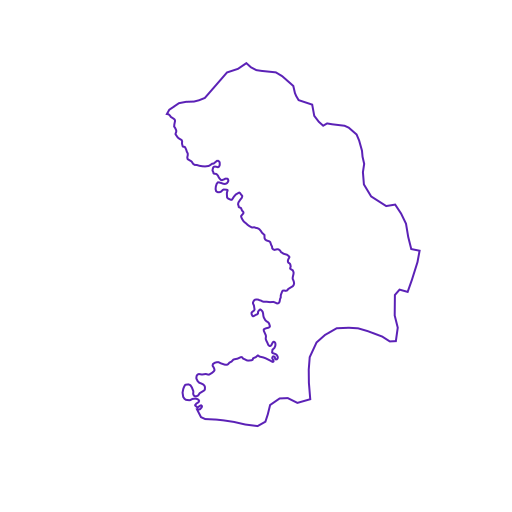 outline of Hoeryong City, Hamgyŏng-bukto, North Korea, rotated 311°
{"feature_id": "82179303B62276356715792", "entity_name": "Hoeryong City", "entity_type": "district", "adm_level": 2, "iso_a3": "PRK", "parent_name": "North Korea", "parent_adm1": "Hamgyŏng-bukto", "projection": "natural_earth1", "projection_center": [129.627, 42.513], "detail": "fine", "context": "isolated", "style": "outline", "palette": "violet", "viewbox_px": 512, "rotation_deg": 311, "n_neighbors": 0, "source": "geoboundaries", "source_scale": "gbopen_adm2", "svg_char_len": 6158}
<svg xmlns="http://www.w3.org/2000/svg" viewBox="0 0 512 512"><g transform="rotate(311 256 256)"><path d="M370.3,358.3L378.8,348.0L383.2,337.7L386.1,327.3L379.1,321.5L376.5,303.8L380.8,290.5L389.4,281.7L396.5,277.2L400.8,271.3L405.0,266.9L410.8,258.1L413.7,252.2L413.7,241.8L412.4,237.4L405.4,227.1L402.7,222.7L398.4,221.2L398.5,215.3L400.0,208.0L407.1,199.1L401.6,185.9L403.1,181.4L404.5,178.5L408.8,172.6L408.9,157.9L407.6,150.5L399.3,138.7L396.5,134.3L395.1,128.4L395.2,122.2L385.4,119.6L375.5,113.7L341.7,113.7L336.1,110.8L331.9,107.9L326.4,102.0L320.8,97.6L309.5,94.6L304.7,95.6L305.5,97.0L305.6,97.6L305.5,99.1L305.1,100.4L305.6,103.8L305.6,105.0L305.4,105.5L304.8,106.3L301.8,108.0L300.0,109.3L299.5,111.2L298.6,113.1L298.1,113.8L297.2,114.4L295.6,115.0L295.1,115.4L294.3,118.4L294.1,119.5L294.2,121.0L294.7,123.7L294.5,124.3L293.9,125.2L292.6,126.1L291.9,126.9L290.7,128.7L290.7,129.4L291.5,130.5L291.5,131.2L290.5,133.5L289.3,135.4L289.0,136.3L288.5,137.3L287.4,138.3L285.4,139.4L284.4,140.6L284.3,141.1L285.0,144.9L285.0,145.6L284.3,148.1L284.5,149.9L285.9,151.7L287.0,154.2L288.9,157.2L290.5,159.1L292.9,161.2L294.2,161.7L297.0,162.4L297.9,163.4L302.2,164.1L303.0,165.0L303.1,166.2L303.0,166.7L302.5,167.5L300.9,168.9L299.8,169.3L298.8,169.4L298.0,169.0L297.3,167.5L296.6,166.4L295.7,165.7L294.8,165.6L293.0,166.4L291.9,167.2L291.2,168.9L290.6,169.6L290.6,170.3L291.8,172.1L291.9,173.2L291.6,174.8L291.0,176.1L290.6,177.5L290.4,179.4L290.5,180.0L291.0,180.6L292.8,181.6L294.2,182.1L295.5,183.6L295.6,184.0L295.5,184.6L294.6,185.8L293.5,186.2L292.0,186.3L291.1,186.0L289.9,185.2L289.0,183.8L288.5,182.4L287.2,179.6L286.5,178.9L284.6,179.0L282.1,180.1L280.0,181.6L278.8,183.3L278.8,184.1L279.0,185.1L279.4,185.7L280.0,186.4L281.0,187.1L281.7,187.4L284.1,187.6L285.0,188.0L286.5,190.0L287.0,190.9L287.0,191.4L286.6,191.7L285.5,192.1L284.6,192.6L283.4,193.6L281.3,195.7L281.1,196.3L281.1,197.4L281.8,199.8L282.1,200.3L282.4,200.7L282.9,200.9L286.4,200.4L289.2,200.4L292.4,201.5L292.9,201.8L293.0,202.7L292.6,204.3L292.4,206.0L291.8,206.6L290.5,207.1L287.9,207.2L285.0,207.6L284.1,208.0L283.2,208.6L282.2,210.3L281.7,210.8L281.7,211.4L282.2,212.6L282.3,213.3L281.1,215.7L281.0,217.2L280.7,217.9L279.8,218.5L276.8,218.5L276.3,218.6L275.5,219.7L274.8,221.3L274.1,223.6L274.0,224.9L274.1,227.4L274.0,229.2L274.2,231.3L274.8,234.0L275.1,234.5L276.5,235.8L277.2,237.6L277.8,238.5L278.3,240.0L278.4,241.0L278.1,243.2L277.5,245.2L277.4,248.6L275.2,250.6L274.8,251.3L274.5,252.2L274.6,253.6L275.8,256.5L275.8,257.6L274.2,260.4L273.7,261.8L272.4,263.3L272.3,264.6L272.7,265.9L274.8,267.4L275.5,268.2L275.8,268.9L275.9,270.7L275.4,272.1L275.4,273.0L275.7,273.9L275.7,275.1L277.3,278.6L277.4,280.8L277.2,281.8L277.0,282.0L274.5,282.6L273.3,283.2L272.5,284.0L272.2,285.0L272.4,285.9L272.4,286.7L272.0,287.6L270.9,289.0L269.4,289.7L268.9,290.1L268.9,290.9L269.3,293.2L268.6,294.6L268.1,295.3L267.0,296.1L264.0,297.7L263.1,298.4L262.5,299.2L262.2,300.1L261.2,301.7L260.2,302.8L259.0,303.4L257.4,303.6L252.4,302.0L250.5,302.1L249.2,301.3L248.4,299.9L247.6,299.1L247.2,298.9L246.2,299.1L243.4,300.1L242.3,300.7L240.9,301.9L239.5,302.3L236.9,303.8L235.9,304.0L235.3,303.9L234.6,303.6L234.0,303.0L233.5,301.2L232.8,299.3L230.4,296.9L228.3,293.8L226.5,291.8L225.9,290.5L225.6,289.0L224.9,287.6L224.5,286.2L223.6,285.0L222.5,284.0L221.6,283.7L220.5,283.8L219.0,284.2L218.2,284.9L217.3,286.9L215.5,289.0L214.8,289.9L213.7,290.3L210.9,289.8L210.2,289.9L209.7,290.3L209.0,291.2L208.5,292.6L208.5,293.1L208.9,293.6L211.5,294.5L212.9,295.2L213.9,295.2L215.2,294.2L215.9,294.0L217.7,294.0L218.1,294.1L218.5,294.4L218.6,295.3L218.5,296.7L218.3,297.5L217.4,298.9L215.6,300.9L214.6,302.4L214.4,303.2L213.7,304.9L213.6,306.7L213.9,308.5L213.7,310.0L212.4,312.2L211.9,312.7L211.2,312.8L210.1,312.5L208.2,311.1L206.2,310.1L205.4,310.2L204.6,311.1L202.6,315.4L201.7,316.4L200.3,317.3L199.6,318.0L198.8,319.5L198.1,321.3L197.0,323.5L196.9,324.5L197.0,325.3L197.6,325.9L198.6,326.1L201.5,325.4L202.5,325.4L203.0,325.7L203.2,326.4L203.1,327.3L202.8,327.9L201.7,329.0L200.4,329.7L198.6,330.2L196.1,329.9L193.8,331.4L193.6,332.1L194.7,334.9L194.9,335.8L194.8,337.1L194.1,338.6L193.5,339.2L192.7,339.5L191.7,339.5L191.0,338.9L190.9,338.0L191.9,336.7L192.1,336.2L191.9,335.3L191.5,334.8L190.4,334.8L189.6,335.2L188.3,338.2L187.7,338.4L187.1,338.2L186.8,337.4L186.4,335.3L185.1,330.3L184.2,328.0L182.4,324.6L182.3,322.9L182.1,322.6L179.5,322.2L177.1,321.0L176.6,321.0L175.9,321.4L175.3,321.5L174.2,320.9L171.9,318.7L171.2,317.5L170.7,315.4L170.2,313.9L170.1,313.3L170.4,312.4L170.4,311.9L170.2,311.4L169.5,310.8L166.4,309.4L163.8,307.4L162.9,306.9L160.3,306.8L158.1,305.9L156.0,305.9L155.0,305.5L154.4,304.9L153.5,303.7L151.9,299.8L151.3,297.4L150.0,296.0L148.3,294.9L146.3,294.4L145.0,295.0L144.5,295.7L144.2,297.0L143.6,298.3L142.8,299.4L142.3,299.7L141.2,299.8L139.0,299.5L135.9,298.5L135.4,298.1L135.1,297.7L134.0,295.5L131.1,293.0L129.5,290.4L128.5,289.8L127.3,289.7L126.5,289.9L125.2,290.7L124.3,291.5L124.0,292.4L123.3,294.0L123.1,296.3L123.8,298.1L124.3,299.9L124.4,300.6L124.3,302.0L123.9,303.0L123.3,303.7L121.8,304.9L121.2,305.1L120.2,305.0L115.5,303.5L113.3,303.8L112.3,303.7L111.0,303.0L110.1,301.9L109.9,300.8L110.4,299.5L111.0,298.8L112.3,297.9L112.9,297.3L114.7,293.9L115.4,291.5L115.3,290.7L114.8,289.3L113.1,287.7L112.4,287.2L111.6,287.2L109.6,287.7L108.0,288.3L104.7,290.2L101.9,293.5L101.3,295.8L101.5,297.5L103.4,300.3L104.1,300.9L106.4,301.8L108.4,303.6L109.1,304.7L109.6,305.8L109.7,307.2L109.3,308.1L108.3,308.5L107.5,308.4L105.4,307.8L103.5,307.9L103.2,308.6L103.3,310.0L103.1,311.2L106.8,312.2L107.3,312.6L107.3,313.5L107.0,313.9L106.1,314.3L103.7,314.3L102.8,313.7L101.5,312.2L98.3,320.2L99.6,324.6L106.6,333.5L110.7,339.4L116.3,348.2L121.8,358.5L128.7,368.8L137.1,371.8L144.2,368.8L152.8,364.4L164.0,367.3L169.6,373.2L172.3,383.6L183.5,390.9L195.0,379.1L204.9,370.3L214.9,362.9L230.5,358.4L241.8,359.9L254.4,364.3L262.8,373.2L268.4,380.5L272.5,389.4L278.0,404.1L279.3,413.0L283.5,417.4L294.9,410.0L302.1,399.7L317.7,386.4L324.8,386.4L328.4,394.0L340.3,389.3L357.3,381.9L367.3,376.0L363.1,368.6L370.3,358.3Z" fill="none" stroke="#5b21b6" stroke-width="2"/></g></svg>